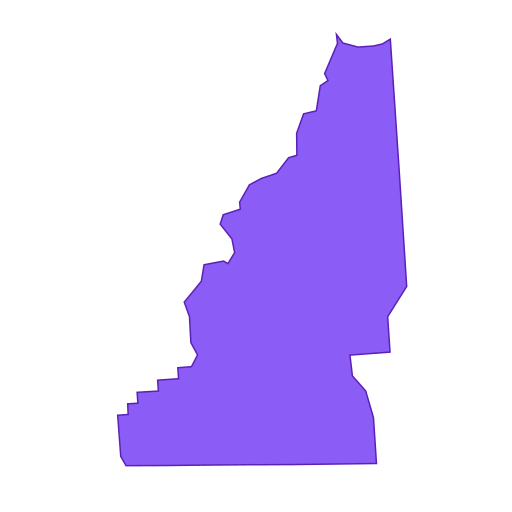 Jefferson, Florida, United States of America (Mercator projection), rotated 176°
{"feature_id": "52423323B23187437311114", "entity_name": "Jefferson", "entity_type": "district", "adm_level": 2, "iso_a3": "USA", "parent_name": "United States of America", "parent_adm1": "Florida", "projection": "mercator", "projection_center": [-83.844, 30.378], "detail": "fine", "context": "isolated", "style": "filled", "palette": "violet", "viewbox_px": 512, "rotation_deg": 176, "n_neighbors": 0, "source": "geoboundaries", "source_scale": "gbopen_adm2", "svg_char_len": 902}
<svg xmlns="http://www.w3.org/2000/svg" viewBox="0 0 512 512"><g transform="rotate(176 256 256)"><path d="M150.3,40.6L150.1,86.7L156.0,113.7L168.2,129.7L169.2,150.6L129.0,150.8L128.9,186.3L107.8,215.1L107.2,332.7L106.9,463.0L115.2,458.7L124.2,457.3L139.6,457.3L154.5,462.4L160.3,471.4L159.9,462.4L174.8,433.2L172.0,426.0L180.0,421.4L185.7,396.6L198.6,394.5L206.9,375.6L208.2,353.6L216.6,351.8L229.7,337.1L245.3,333.0L257.6,327.5L268.6,310.8L268.4,303.8L285.8,299.5L289.5,290.3L278.8,274.6L277.1,260.9L284.5,250.4L288.7,253.2L308.4,250.9L312.3,234.6L330.8,215.0L326.6,200.2L327.0,174.1L321.2,161.4L328.1,150.1L341.8,150.0L341.8,139.0L362.8,139.0L362.8,128.1L384.1,128.3L384.1,117.4L394.3,117.5L394.6,106.8L405.1,106.8L404.9,65.5L400.3,55.9L360.9,53.3L359.2,53.2L316.9,50.7L274.6,48.1L268.1,47.6L246.4,46.2L231.0,45.2L230.6,45.2L150.3,40.6Z" fill="#8b5cf6" stroke="#5b21b6" stroke-width="1.5"/></g></svg>